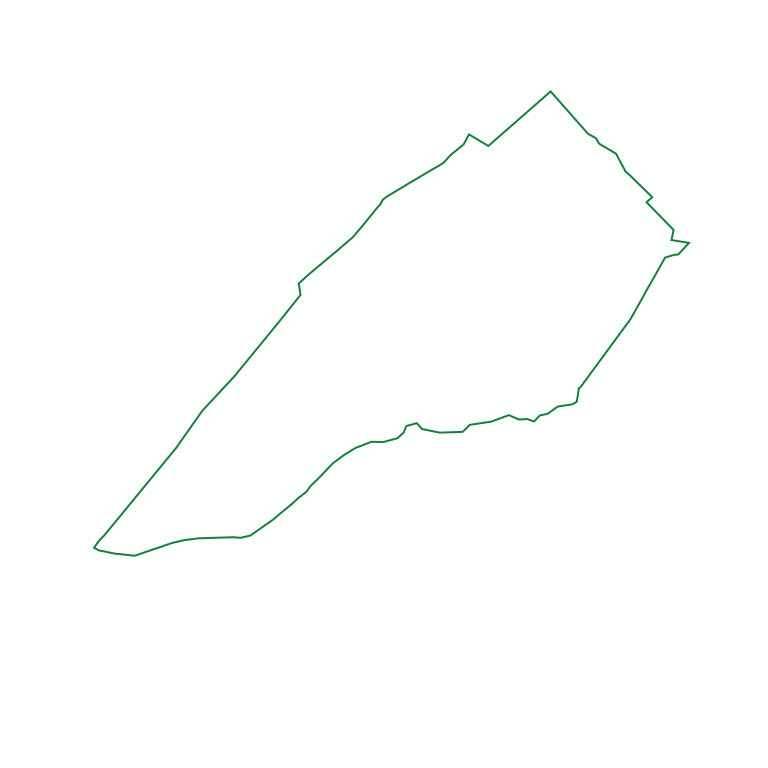 Dededo, Guam, rotated 229°
{"feature_id": "77769853B76375240183470", "entity_name": "Dededo", "entity_type": "district", "adm_level": 2, "iso_a3": "GUM", "parent_name": "Guam", "parent_adm1": "", "projection": "albers", "projection_center": [144.841, 13.576], "detail": "fine", "context": "isolated", "style": "outline", "palette": "green", "viewbox_px": 768, "rotation_deg": 229, "n_neighbors": 0, "source": "geoboundaries", "source_scale": "gbopen_adm2", "svg_char_len": 1310}
<svg xmlns="http://www.w3.org/2000/svg" viewBox="0 0 768 768"><g transform="rotate(229 384 384)"><path d="M349.0,709.0L379.9,706.5L386.1,705.7L405.5,710.2L424.0,704.1L428.3,704.7L430.2,705.3L439.1,702.1L495.5,701.7L495.2,618.9L516.6,611.9L512.6,601.3L513.1,584.8L511.9,573.8L519.0,535.1L523.6,509.2L523.8,503.9L521.9,498.5L521.8,496.4L517.3,470.4L515.2,456.3L515.3,452.2L515.4,433.6L516.1,400.6L515.8,385.6L506.0,379.5L499.4,343.1L487.9,275.7L483.0,229.3L472.1,185.1L453.3,73.7L452.7,66.3L450.7,57.8L445.7,59.5L432.8,69.4L431.7,70.3L431.2,70.9L417.9,83.2L403.1,119.7L397.2,130.9L389.2,142.8L367.1,169.9L362.0,174.8L357.3,183.7L354.4,211.6L354.3,222.3L353.9,236.5L354.1,245.0L353.6,254.9L355.2,261.9L355.8,272.7L357.6,292.1L357.7,293.5L356.7,307.2L354.4,320.7L348.6,336.6L340.4,345.8L334.3,358.5L334.4,366.7L337.6,373.3L333.0,383.0L325.0,383.2L310.8,394.1L304.1,402.3L296.3,412.0L296.9,421.9L287.4,436.9L285.3,440.1L278.6,457.8L268.7,462.5L263.4,469.3L257.3,472.6L257.8,478.3L258.0,481.0L254.7,487.1L254.1,488.3L253.1,500.1L245.0,513.0L244.2,518.0L252.8,528.1L252.8,530.7L271.2,612.4L277.1,629.2L281.3,640.5L281.5,641.0L288.7,661.5L288.8,661.8L295.0,679.0L291.4,687.2L288.7,691.2L290.3,705.7L290.5,706.7L304.0,695.4L310.3,703.6L349.0,701.4L349.0,709.0Z" fill="none" stroke="#15803d" stroke-width="2"/></g></svg>